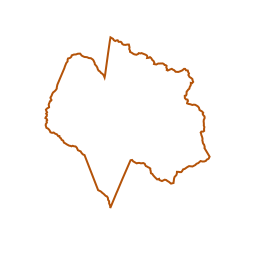 Serrita, Pernambuco, Brazil, rotated 118°
{"feature_id": "56859067B3572424117250", "entity_name": "Serrita", "entity_type": "district", "adm_level": 2, "iso_a3": "BRA", "parent_name": "Brazil", "parent_adm1": "Pernambuco", "projection": "robinson", "projection_center": [-39.404, -7.835], "detail": "fine", "context": "isolated", "style": "outline", "palette": "amber", "viewbox_px": 256, "rotation_deg": 118, "n_neighbors": 0, "source": "geoboundaries", "source_scale": "gbopen_adm2", "svg_char_len": 3775}
<svg xmlns="http://www.w3.org/2000/svg" viewBox="0 0 256 256"><g transform="rotate(118 128 128)"><path d="M115.0,42.5L109.8,51.1L108.8,51.3L107.0,53.0L106.6,54.1L105.9,55.0L104.9,55.7L104.1,56.5L102.6,57.1L101.6,57.9L100.6,58.9L99.8,59.9L98.8,60.7L97.9,61.7L96.7,61.5L95.9,60.0L94.8,59.4L93.9,60.0L92.7,60.6L91.3,61.0L90.3,62.2L89.4,62.6L88.0,63.4L86.9,64.2L86.0,64.6L84.9,65.0L83.7,64.9L82.7,65.3L81.8,66.0L81.4,67.4L80.5,68.7L79.3,68.7L78.7,70.1L78.6,71.4L78.5,73.3L77.5,74.2L76.8,74.9L76.2,76.2L76.0,77.9L76.0,79.7L76.6,81.0L77.5,82.1L77.7,83.9L78.3,85.8L78.5,87.4L77.2,87.8L76.0,87.7L75.0,88.8L75.5,90.1L74.9,91.8L73.8,92.5L72.9,93.0L72.0,92.0L70.9,92.1L69.7,92.7L68.3,93.3L67.1,93.0L66.0,92.9L64.5,92.3L63.0,92.7L62.1,92.8L61.1,92.6L59.6,93.2L58.7,93.7L58.4,92.5L56.7,92.1L55.7,93.3L54.6,94.1L54.2,95.6L54.1,97.6L52.8,99.6L51.3,99.7L50.4,101.1L49.2,102.2L49.8,103.9L49.0,105.3L49.5,106.3L51.6,107.1L53.5,108.6L54.9,109.9L56.0,112.4L55.3,114.3L55.4,115.6L55.2,117.1L56.3,118.1L58.6,119.9L58.6,121.0L57.6,121.2L56.6,122.6L55.0,123.1L54.8,124.3L55.2,125.3L54.7,126.3L54.7,127.7L56.3,130.5L56.9,131.6L58.6,132.8L59.0,134.0L59.3,135.1L58.0,135.4L56.8,137.0L56.5,138.6L55.8,139.6L55.3,140.6L55.1,141.9L56.1,142.4L57.2,144.0L56.2,144.2L55.2,145.2L55.0,146.7L55.2,148.5L55.5,151.2L56.3,152.0L56.9,153.7L58.0,153.9L59.4,155.0L60.0,157.1L60.0,158.5L59.8,160.0L59.8,162.0L58.8,162.5L57.7,164.0L56.1,164.5L55.2,165.3L53.9,166.4L54.7,167.9L55.8,169.2L56.6,171.1L56.4,172.7L55.5,173.8L55.3,174.9L56.3,176.8L55.4,178.3L56.1,179.3L57.2,180.1L57.1,181.7L56.3,183.1L56.2,186.0L59.6,184.9L71.3,180.7L92.0,173.1L94.4,172.4L93.4,173.6L92.8,174.4L92.2,175.9L92.0,177.8L91.3,179.1L91.1,181.0L90.1,182.5L89.1,183.4L88.2,184.8L87.3,187.2L86.2,188.0L85.4,189.1L84.6,190.1L84.1,191.2L83.8,193.5L84.6,195.4L84.7,197.4L85.7,199.8L85.8,201.0L85.8,202.9L85.2,204.2L84.8,205.2L86.0,207.2L87.5,208.5L88.5,210.2L90.3,211.8L91.5,211.5L92.5,211.7L93.6,212.3L94.8,213.6L96.0,213.4L97.6,212.6L99.6,213.0L103.4,212.6L104.9,212.3L123.0,210.7L124.3,210.3L125.7,209.9L126.7,209.4L127.9,209.5L128.9,209.7L130.2,210.1L131.7,210.8L133.1,210.9L134.8,210.7L136.4,210.6L137.4,210.8L138.4,210.0L139.2,208.7L140.2,208.8L141.1,209.5L142.2,209.2L143.5,209.2L144.8,208.9L145.8,208.0L146.8,207.4L148.7,208.6L150.3,209.1L151.5,207.9L152.1,206.8L153.8,207.0L154.2,205.9L155.8,205.3L156.9,205.7L158.0,205.6L158.2,204.0L159.0,203.0L160.1,203.2L161.2,202.2L163.2,202.4L164.5,201.8L165.2,201.0L166.1,200.2L166.1,198.2L166.6,196.7L167.4,195.4L168.2,194.5L167.9,192.7L166.9,191.5L167.2,189.9L167.0,187.7L167.9,185.9L167.3,184.8L168.4,183.9L168.6,182.3L169.6,181.1L169.6,179.3L171.0,177.7L171.0,176.2L171.2,174.2L171.2,171.6L170.8,170.4L170.7,169.3L169.7,168.5L169.5,167.1L168.9,165.6L169.4,164.0L171.1,161.8L170.9,158.8L171.6,157.7L172.2,156.3L172.5,155.0L172.3,153.7L196.9,125.2L196.8,122.9L196.9,121.6L197.4,120.1L197.5,118.9L198.4,115.9L198.3,114.4L199.1,113.0L200.8,111.8L201.5,110.3L203.5,109.2L204.2,108.2L205.6,106.8L207.0,106.1L190.5,107.7L188.9,107.8L175.7,109.0L155.3,110.6L154.3,109.4L155.0,107.8L155.1,105.5L155.1,103.7L154.2,102.8L153.4,101.4L153.2,100.2L152.5,99.0L151.8,98.2L151.7,96.5L152.6,95.4L153.2,94.4L153.1,93.0L153.2,91.7L153.1,90.6L153.3,89.3L154.4,88.7L155.5,87.6L156.4,87.1L157.2,86.4L157.1,85.0L157.9,83.6L158.7,81.5L159.2,79.9L159.7,78.1L158.3,76.7L159.1,76.1L159.1,74.9L158.9,73.1L157.5,72.1L156.4,71.3L156.0,69.8L156.3,68.3L156.3,66.8L156.9,63.9L155.2,62.0L151.0,63.6L149.4,63.9L146.8,63.2L145.3,63.5L143.7,64.2L142.9,62.5L142.6,61.4L141.9,60.3L140.8,60.0L138.6,59.9L137.6,58.8L134.7,57.3L133.0,56.2L131.7,53.0L129.1,51.2L127.4,50.7L126.0,49.5L124.7,49.0L123.1,48.4L122.6,46.4L121.7,44.9L120.4,43.8L118.9,43.6L118.1,42.9L117.1,42.4L115.0,42.5Z" fill="none" stroke="#b45309" stroke-width="2"/></g></svg>